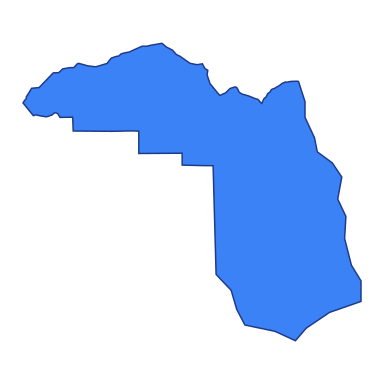 outline of Suame Municipal, Ashanti, Ghana
{"feature_id": "2480657B48966175900279", "entity_name": "Suame Municipal", "entity_type": "district", "adm_level": 2, "iso_a3": "GHA", "parent_name": "Ghana", "parent_adm1": "Ashanti", "projection": "natural_earth1", "projection_center": [-1.672, 6.735], "detail": "fine", "context": "isolated", "style": "filled", "palette": "blue", "viewbox_px": 384, "rotation_deg": 0, "n_neighbors": 0, "source": "geoboundaries", "source_scale": "gbopen_adm2", "svg_char_len": 1938}
<svg xmlns="http://www.w3.org/2000/svg" viewBox="0 0 384 384"><path d="M162.0,43.3L151.6,45.1L149.3,45.6L147.0,46.2L142.2,46.2L134.4,49.6L129.3,52.0L125.1,52.8L121.2,53.8L118.5,56.2L116.9,56.2L113.0,57.5L111.3,58.1L109.1,60.7L107.2,63.4L95.8,66.8L88.0,65.9L79.3,63.5L78.4,63.5L77.5,63.6L73.8,67.6L70.3,67.6L66.5,68.2L62.7,68.9L58.8,72.6L53.2,72.9L46.3,80.1L39.2,87.5L31.6,88.3L28.6,93.3L26.3,96.8L26.3,97.7L26.3,98.7L24.7,100.3L23.0,102.9L29.7,111.2L33.3,115.6L33.7,115.7L34.2,115.4L34.6,115.1L35.4,114.9L36.5,115.0L39.0,115.6L41.6,116.1L43.2,116.3L44.7,116.6L46.4,116.8L47.6,116.5L48.4,116.2L49.4,115.9L50.6,115.4L51.5,115.2L52.2,114.8L53.0,114.2L53.7,113.5L54.6,112.9L55.5,112.8L56.7,113.1L57.7,113.6L60.0,117.4L72.7,117.2L73.2,131.0L111.2,131.3L131.9,130.9L138.8,131.1L138.8,153.5L182.1,153.2L182.2,165.1L202.5,165.6L213.1,165.7L216.1,274.4L231.2,290.4L236.7,309.3L244.9,325.0L274.9,331.3L295.4,340.7L306.3,328.1L329.5,312.4L361.0,301.4L361.0,280.9L351.4,265.2L344.6,238.5L345.9,216.4L337.7,199.1L341.8,177.1L332.3,162.9L317.3,151.9L314.5,137.8L305.0,117.3L305.0,101.6L298.5,81.5L297.3,81.2L294.0,81.3L290.7,81.4L288.6,81.8L287.0,82.2L286.7,82.2L286.1,82.1L285.4,82.0L284.7,82.3L282.3,83.3L281.2,84.1L279.3,85.6L278.1,86.3L276.5,87.2L275.7,87.7L275.1,88.1L272.4,89.1L271.7,89.5L271.3,89.7L269.9,92.1L269.3,92.5L267.6,93.7L266.2,96.8L264.1,98.5L263.4,99.9L261.7,103.4L260.2,102.1L259.2,100.7L258.2,99.5L256.9,99.1L254.1,98.2L251.6,97.1L250.1,96.5L248.5,95.9L247.1,95.5L244.1,94.6L241.9,94.0L240.4,93.1L239.1,92.2L238.2,90.0L236.8,87.6L235.9,87.1L235.0,86.9L230.0,88.5L225.7,92.8L221.4,94.7L219.9,95.4L218.4,93.8L215.9,90.8L211.0,84.8L210.0,83.7L209.6,82.4L209.2,81.1L208.4,78.9L207.1,74.8L207.1,74.4L207.8,70.3L204.9,68.5L202.4,63.8L197.2,64.7L196.0,64.5L190.0,63.3L188.4,62.2L180.2,56.4L178.2,55.4L176.3,54.5L172.6,50.2L169.1,48.4L167.7,47.7L166.4,47.0L164.8,45.7L162.0,43.3Z" fill="#3b82f6" stroke="#1e3a8a" stroke-width="1.5"/></svg>